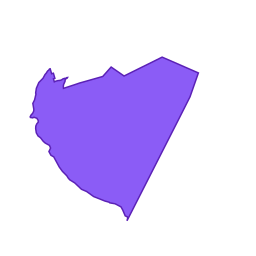 outline of Lae District, Morobe, Papua New Guinea, rotated 67°
{"feature_id": "67681753B22982473942373", "entity_name": "Lae District", "entity_type": "district", "adm_level": 2, "iso_a3": "PNG", "parent_name": "Papua New Guinea", "parent_adm1": "Morobe", "projection": "natural_earth1", "projection_center": [146.975, -6.676], "detail": "fine", "context": "isolated", "style": "filled", "palette": "violet", "viewbox_px": 256, "rotation_deg": 67, "n_neighbors": 0, "source": "geoboundaries", "source_scale": "gbopen_adm2", "svg_char_len": 1640}
<svg xmlns="http://www.w3.org/2000/svg" viewBox="0 0 256 256"><g transform="rotate(67 128 128)"><path d="M46.3,183.4L49.0,186.8L51.3,192.3L55.6,196.8L59.8,199.4L60.7,199.4L65.6,203.0L68.2,206.0L74.0,207.4L75.6,208.2L77.2,210.0L78.2,212.2L79.5,213.7L80.2,213.7L81.4,211.8L81.4,210.3L83.4,208.1L85.9,207.7L87.6,208.4L88.5,210.3L90.2,212.1L92.4,213.2L96.6,214.3L100.2,213.9L102.7,212.4L107.2,211.2L109.5,210.1L113.3,207.1L116.2,207.1L118.8,210.0L123.0,209.6L125.6,207.6L126.9,207.5L130.0,207.2L137.2,206.5L142.3,205.3L148.1,203.0L150.7,202.6L152.9,201.9L157.7,198.5L166.2,194.8L170.3,190.9L177.7,186.4L186.3,177.7L188.9,174.4L189.8,174.0L192.7,169.5L197.8,165.3L201.4,164.9L207.8,164.9L209.4,163.4L210.7,163.4L213.0,165.2L140.4,78.7L123.5,58.7L104.8,41.7L76.1,68.9L78.6,111.3L65.3,119.7L68.2,125.8L68.9,127.3L70.7,131.1L68.3,150.2L67.7,154.8L67.4,158.9L67.1,162.6L66.3,171.9L64.2,171.2L62.7,170.2L62.0,169.4L60.5,167.8L60.2,167.6L58.9,166.9L58.5,166.2L58.4,164.7L57.9,164.0L57.7,164.7L57.9,165.7L57.9,166.1L57.5,167.0L57.5,167.6L57.4,168.1L57.4,168.5L57.4,168.9L57.5,169.4L57.6,169.6L57.7,170.1L57.7,170.5L57.7,171.3L57.7,171.6L57.6,171.8L57.5,172.0L57.5,172.5L57.4,172.9L57.2,173.3L57.0,173.9L56.8,175.4L56.7,175.7L56.7,176.2L56.7,177.0L56.7,177.7L56.7,177.8L53.6,177.4L53.7,175.9L48.7,175.3L48.4,175.3L48.2,177.1L43.1,176.5L43.0,177.2L43.2,177.4L43.3,177.5L43.5,177.8L43.5,178.0L43.8,178.5L43.9,178.8L44.0,179.2L44.0,179.4L44.1,179.6L44.2,179.8L44.3,180.0L44.6,180.5L44.8,180.7L44.9,180.8L45.0,181.1L45.2,181.3L45.3,181.4L45.4,181.5L45.5,181.7L45.6,181.9L45.7,182.1L46.3,183.4Z" fill="#8b5cf6" stroke="#5b21b6" stroke-width="1.5"/></g></svg>